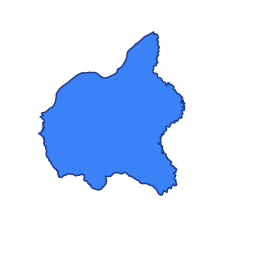 outline of Itapagipe, Minas Gerais, Brazil, rotated 138°
{"feature_id": "56859067B87916388852048", "entity_name": "Itapagipe", "entity_type": "district", "adm_level": 2, "iso_a3": "BRA", "parent_name": "Brazil", "parent_adm1": "Minas Gerais", "projection": "natural_earth1", "projection_center": [-49.437, -19.757], "detail": "fine", "context": "isolated", "style": "filled", "palette": "blue", "viewbox_px": 256, "rotation_deg": 138, "n_neighbors": 0, "source": "geoboundaries", "source_scale": "gbopen_adm2", "svg_char_len": 5821}
<svg xmlns="http://www.w3.org/2000/svg" viewBox="0 0 256 256"><g transform="rotate(138 128 128)"><path d="M77.7,101.8L77.4,103.0L77.1,104.2L76.5,105.0L75.7,104.3L74.9,103.7L73.8,103.7L73.2,104.7L73.4,105.7L73.5,107.0L72.6,106.5L72.2,105.6L71.3,106.4L71.2,107.9L70.5,108.6L69.6,108.1L69.3,109.1L69.7,110.2L70.4,110.5L71.4,110.7L71.3,111.8L70.2,111.7L68.9,111.0L68.4,111.8L69.2,112.5L69.1,113.5L68.1,113.9L67.1,114.0L67.2,115.0L67.8,116.1L67.0,116.9L67.3,118.2L67.6,119.9L68.5,120.7L68.4,121.8L68.0,122.7L67.7,123.9L67.6,125.2L68.3,126.4L67.5,127.1L66.6,127.5L66.3,128.4L66.3,129.6L66.8,131.1L67.9,132.0L68.0,133.3L67.2,133.2L67.4,134.3L68.5,134.9L69.6,134.3L70.8,134.0L71.0,135.2L70.4,135.8L69.9,137.0L70.7,138.1L71.0,139.3L71.0,140.2L70.7,141.1L70.2,142.1L70.4,143.5L71.4,144.4L71.9,145.4L71.4,146.6L70.7,147.8L70.1,149.0L71.0,150.1L71.6,151.0L72.2,151.8L72.0,152.9L71.2,154.0L70.2,154.4L69.2,154.9L68.4,155.9L67.8,156.7L67.0,156.6L66.0,156.0L64.8,155.7L64.3,157.0L63.2,156.9L62.2,156.6L61.7,157.3L61.6,158.3L61.1,159.6L60.0,160.1L59.1,161.1L58.1,161.7L57.1,161.5L56.3,162.1L56.0,163.1L55.9,164.4L54.8,164.2L53.9,164.1L53.3,165.2L52.7,166.3L51.6,166.7L50.7,167.1L50.4,168.4L50.3,169.5L49.9,170.6L48.6,171.2L47.6,172.1L47.8,173.4L47.3,174.4L46.3,174.3L45.5,174.4L44.9,175.2L44.3,176.1L43.9,176.9L43.8,178.1L44.2,178.9L44.9,179.9L46.0,180.1L45.3,181.1L44.9,182.3L49.0,183.1L55.0,184.8L61.3,184.6L62.2,184.9L63.3,184.5L64.7,184.3L65.0,185.3L70.1,184.8L72.8,184.9L74.0,185.1L76.4,185.0L77.3,184.8L78.8,183.9L81.2,181.7L82.5,180.9L84.1,180.0L86.5,179.1L88.3,178.7L90.4,177.9L91.3,177.7L92.7,177.8L95.2,178.3L96.0,178.4L97.0,178.3L98.0,177.6L98.9,176.6L102.3,177.0L105.5,178.0L109.7,179.4L111.4,180.4L112.3,181.1L113.3,183.1L114.1,187.3L114.6,189.6L115.2,191.0L116.7,192.6L117.4,192.9L118.7,194.5L119.4,195.1L123.4,197.9L124.7,199.3L125.9,200.0L128.5,200.8L131.2,201.4L137.1,201.8L138.2,201.9L141.7,201.9L147.1,202.6L148.3,202.8L152.6,202.8L156.8,201.8L158.1,201.3L159.2,200.7L160.1,199.4L163.8,196.5L165.0,195.7L166.6,195.0L168.9,194.3L169.8,194.2L170.7,194.3L172.6,194.9L173.4,195.0L177.7,194.8L179.3,195.4L180.2,195.8L182.1,196.8L182.6,195.5L182.4,194.4L183.6,194.6L184.7,194.7L185.7,194.8L185.3,193.7L185.3,192.2L185.3,191.0L185.0,189.9L185.6,188.8L186.3,188.0L186.8,188.8L187.7,189.0L188.4,187.8L189.8,186.7L189.4,185.2L190.2,184.5L190.9,184.0L191.5,185.1L192.2,183.9L193.0,183.1L194.1,183.9L194.8,182.8L195.7,182.8L196.7,183.0L197.5,183.8L198.0,183.0L197.1,181.6L197.5,180.2L196.9,178.9L196.9,178.0L197.7,177.3L197.4,176.3L198.1,175.8L198.6,174.9L199.0,173.9L199.9,173.8L200.8,173.0L200.9,172.0L201.8,170.9L201.4,169.4L202.2,168.5L202.9,167.6L203.1,166.6L203.8,165.9L204.2,164.8L205.2,164.6L205.8,163.7L206.6,162.7L207.5,161.5L207.4,160.1L207.5,159.0L207.6,157.8L208.3,157.2L208.2,156.2L208.3,155.2L207.8,154.5L208.6,153.8L209.1,152.7L208.8,151.1L209.4,149.9L209.5,148.9L209.3,148.0L209.6,146.9L209.4,146.0L208.9,145.3L209.5,143.8L208.8,142.6L209.5,141.9L210.5,141.6L210.5,140.6L211.2,139.8L211.5,138.7L212.2,138.0L211.4,137.0L210.9,136.2L210.3,135.6L209.5,135.8L208.5,135.8L207.0,135.3L205.9,134.8L205.1,134.4L203.8,134.3L202.6,133.5L202.0,132.6L201.2,132.0L200.4,131.0L199.7,129.7L199.2,128.9L198.9,127.5L197.7,126.7L196.8,126.4L196.0,125.7L194.9,125.1L193.8,125.0L193.1,124.3L192.5,123.2L192.5,122.1L192.9,121.2L193.4,120.5L194.4,119.7L195.3,119.0L195.8,118.3L195.1,117.2L194.3,116.4L194.1,115.4L194.6,114.2L194.8,113.0L194.4,111.8L194.1,110.6L194.7,109.4L194.7,107.6L194.3,106.5L193.7,105.3L192.9,103.9L192.4,103.1L191.7,102.2L190.7,101.4L189.7,100.8L188.9,100.6L187.3,100.6L186.3,100.7L185.5,100.9L184.7,100.9L183.8,101.0L182.7,101.1L181.4,101.6L180.5,102.3L179.6,102.9L178.9,103.6L178.4,104.3L178.0,105.2L177.8,106.3L177.1,107.1L176.1,106.2L175.5,105.4L174.5,104.7L173.3,103.8L172.2,103.7L171.4,103.8L170.4,103.8L169.3,104.0L168.4,103.9L167.4,103.1L166.3,102.5L165.6,101.9L165.1,101.2L164.6,100.1L164.2,99.3L163.6,98.4L162.5,97.8L161.3,97.7L160.1,97.0L159.4,96.0L159.5,94.6L159.2,93.0L159.4,91.7L158.5,90.7L157.7,89.4L157.4,88.5L157.4,87.5L156.8,86.6L156.7,85.5L156.4,84.0L155.8,82.9L155.3,81.9L155.2,80.7L155.8,79.5L155.2,78.3L154.6,77.3L154.0,76.5L153.3,76.0L152.5,75.7L151.9,74.9L151.5,74.0L150.8,73.4L150.5,71.8L149.8,70.8L149.1,69.7L148.6,68.4L148.2,67.0L148.5,65.7L148.1,64.5L147.9,63.6L148.4,62.7L148.2,61.4L148.9,60.3L149.0,59.3L149.3,58.0L148.6,57.4L148.9,56.5L147.8,56.0L147.1,55.4L146.4,56.1L145.4,56.4L144.5,56.9L143.4,57.6L142.9,56.4L142.6,55.3L141.9,54.2L141.0,55.0L140.2,55.8L139.0,56.3L138.3,55.8L137.3,56.2L136.6,55.4L136.6,54.2L135.6,54.7L134.6,55.4L133.4,55.5L132.4,55.7L131.8,54.9L131.9,53.7L130.9,53.2L130.0,53.2L129.4,54.1L128.9,55.2L128.3,56.3L127.4,57.1L127.6,58.0L127.8,59.2L127.1,59.8L126.2,59.8L125.2,60.5L124.2,60.9L124.1,62.0L124.2,63.0L124.1,64.0L123.2,63.6L122.2,63.1L121.1,64.1L119.9,64.3L119.5,65.3L119.4,66.4L120.2,67.2L119.8,69.0L119.9,70.2L121.0,70.6L121.0,71.9L120.3,72.6L119.3,72.8L118.5,73.5L118.6,75.2L119.0,76.5L118.6,77.4L119.3,78.1L119.2,79.4L118.5,80.1L119.0,81.3L118.1,82.1L117.4,83.0L117.8,84.2L118.4,85.6L119.3,86.1L119.3,87.1L118.3,87.1L117.6,86.2L117.2,87.1L117.7,88.4L116.5,88.8L116.3,90.1L115.8,91.1L114.9,90.9L114.7,91.9L114.9,93.0L114.2,94.0L114.6,94.8L115.7,95.0L115.9,96.0L115.0,96.1L113.7,95.4L112.7,95.6L112.4,96.8L111.8,97.6L110.7,97.9L110.6,99.3L109.4,99.3L108.0,99.5L107.1,99.6L107.4,100.9L106.2,100.7L105.5,99.7L104.7,100.0L104.1,100.9L103.1,100.7L102.1,100.7L101.2,100.6L100.1,101.1L99.9,102.9L98.8,103.1L97.7,103.3L97.5,102.2L97.0,101.3L95.9,101.1L94.9,101.7L94.1,102.4L92.8,102.7L91.8,102.4L90.7,102.1L90.4,100.8L89.5,100.7L88.7,101.3L88.0,102.1L87.3,101.2L87.2,100.2L86.1,100.2L85.2,100.4L84.4,100.8L83.6,101.3L82.7,100.5L81.5,99.9L80.5,99.9L80.4,101.1L79.4,101.8L78.7,102.2L77.7,101.8Z" fill="#3b82f6" stroke="#1e3a8a" stroke-width="1.5"/></g></svg>